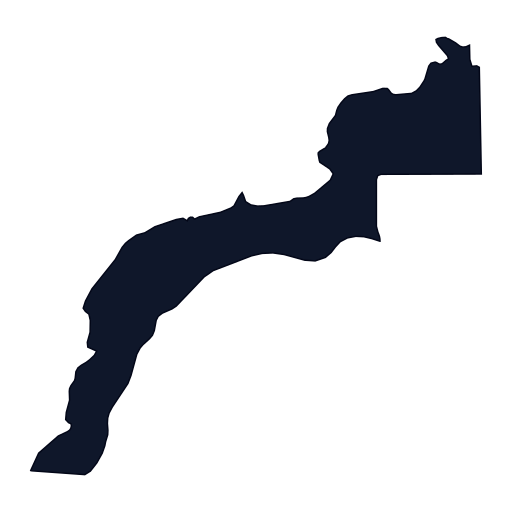 SVG path tracing the border of Zamboanga del Norte
{"feature_id": "PHL-2520", "entity_name": "Zamboanga del Norte", "entity_type": "Province", "adm_level": 1, "iso_a3": "PHL", "parent_name": "Philippines", "parent_adm1": "", "projection": "mercator", "projection_center": [122.74, 7.933], "detail": "fine", "context": "isolated", "style": "filled", "palette": "ink", "viewbox_px": 512, "rotation_deg": 0, "n_neighbors": 0, "source": "natural_earth", "source_scale": "10m", "svg_char_len": 2328}
<svg xmlns="http://www.w3.org/2000/svg" viewBox="0 0 512 512"><path d="M30.7,470.5L38.7,453.1L58.3,436.0L67.4,431.7L69.6,430.2L70.8,428.4L71.4,425.9L71.0,423.7L68.6,422.7L65.7,419.6L66.3,412.4L69.6,400.2L69.3,391.3L69.6,388.6L71.0,385.6L74.5,380.7L75.2,378.3L75.9,371.7L78.0,367.8L81.4,365.2L86.2,362.4L89.5,359.9L94.3,355.4L96.7,351.1L87.8,347.1L87.3,342.3L90.1,332.2L90.3,320.4L88.9,314.1L85.4,311.4L83.2,308.2L85.5,301.0L92.0,288.8L115.3,259.6L122.2,247.3L125.5,243.3L128.6,240.7L136.5,235.1L144.9,232.8L155.0,226.7L176.3,219.5L183.0,218.3L187.3,220.8L188.4,218.4L190.4,217.2L192.6,217.3L194.6,219.1L199.4,216.8L220.5,212.3L231.0,208.0L234.0,205.9L239.0,196.5L242.1,192.6L243.5,195.5L245.6,201.6L250.8,204.9L257.4,206.1L263.8,205.9L290.1,201.4L293.7,198.8L296.7,198.2L303.2,198.0L306.1,197.5L309.0,196.5L314.7,193.3L330.3,180.2L333.3,173.8L329.8,168.9L319.9,162.3L319.3,160.5L318.2,154.5L318.2,152.9L319.6,151.4L324.6,148.4L325.6,148.1L326.2,146.8L327.4,145.3L328.6,143.4L329.2,140.5L328.8,137.4L327.4,131.6L327.5,128.4L329.4,123.5L335.5,115.4L336.8,110.3L338.1,107.1L341.1,102.8L344.7,98.7L348.0,96.0L352.0,94.8L373.4,91.6L382.8,88.4L387.2,88.5L388.4,89.5L391.1,93.1L392.9,94.3L395.6,94.8L411.7,93.4L416.4,90.8L419.9,87.2L424.1,80.8L425.0,78.9L428.8,66.1L431.0,63.2L435.1,62.1L436.6,62.6L438.1,63.5L439.6,64.2L441.6,64.0L442.9,63.2L446.2,60.3L448.6,58.8L447.4,55.6L438.7,45.5L436.5,42.3L436.0,39.5L437.9,38.5L441.7,37.6L445.5,37.4L447.2,38.6L448.7,38.9L455.6,42.9L459.9,46.2L462.8,47.1L466.0,46.8L469.5,45.2L469.8,59.4L471.9,66.3L476.8,65.9L478.5,66.9L479.3,67.3L481.3,174.0L481.2,174.0L381.1,174.3L377.7,175.6L376.4,179.6L376.4,226.3L377.9,232.2L378.8,234.5L379.5,236.7L379.9,239.0L380.0,241.2L379.9,241.2L371.9,238.6L363.9,236.7L355.8,236.3L347.4,237.9L340.2,241.7L335.4,246.9L331.1,252.5L325.4,257.4L315.2,260.9L306.6,260.3L304.8,260.2L284.1,254.5L272.9,252.9L262.1,253.4L251.6,255.8L213.1,270.6L210.0,272.8L204.2,276.8L176.2,306.1L172.0,308.9L162.4,313.1L158.2,316.3L156.2,320.2L154.3,330.6L152.4,335.3L149.5,338.7L142.9,344.7L140.1,348.0L136.8,354.2L131.0,375.4L127.9,383.5L112.3,407.0L109.1,413.0L107.7,418.0L107.4,423.4L107.9,430.3L107.7,434.8L105.6,441.7L104.8,445.8L102.2,453.2L96.8,462.9L90.3,471.2L89.9,471.4L84.8,474.6L31.9,470.8L30.8,470.6L30.7,470.5Z" fill="#0f172a" stroke="#020617" stroke-width="1.5"/></svg>